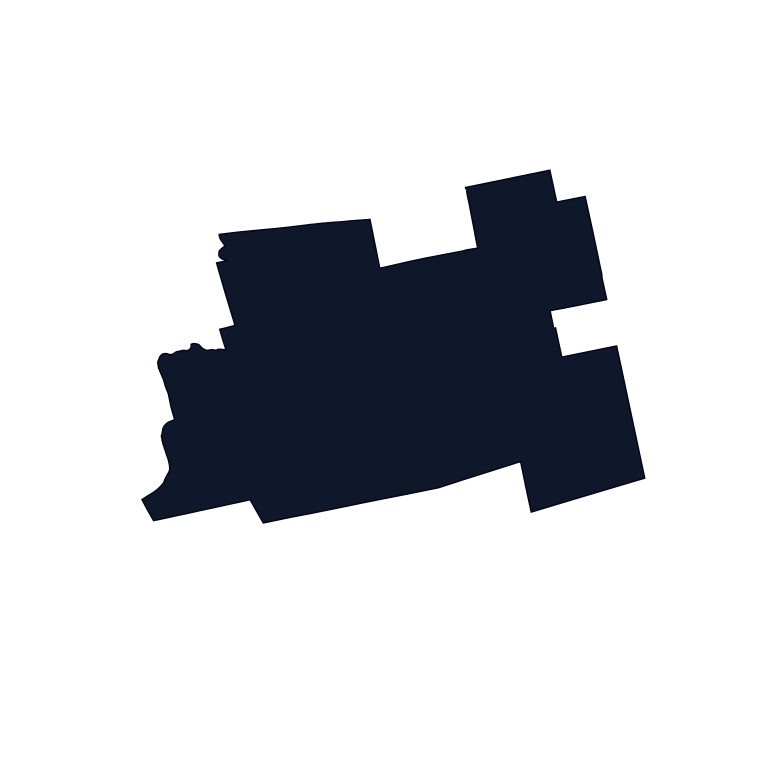 the district of Gheorghe Doja, Ialomita, Romania, rotated 60°
{"feature_id": "2599482B31175002278659", "entity_name": "Gheorghe Doja", "entity_type": "district", "adm_level": 2, "iso_a3": "ROU", "parent_name": "Romania", "parent_adm1": "Ialomita", "projection": "natural_earth1", "projection_center": [27.18, 44.644], "detail": "fine", "context": "isolated", "style": "filled", "palette": "ink", "viewbox_px": 768, "rotation_deg": 60, "n_neighbors": 0, "source": "geoboundaries", "source_scale": "gbopen_adm2", "svg_char_len": 3302}
<svg xmlns="http://www.w3.org/2000/svg" viewBox="0 0 768 768"><g transform="rotate(60 384 384)"><path d="M386.4,651.8L386.7,651.8L387.0,651.9L387.9,649.4L388.1,648.9L388.7,647.0L391.7,637.7L393.0,633.6L393.7,631.3L398.9,615.3L402.7,603.3L417.3,557.8L443.9,558.0L444.0,558.0L451.9,534.0L451.9,533.9L460.2,510.0L468.0,486.8L476.6,460.9L480.7,448.8L483.4,440.8L490.8,419.3L499.2,394.2L501.0,388.9L505.1,369.7L506.2,364.4L510.3,345.9L512.6,335.6L512.6,335.4L512.7,335.1L512.9,334.1L513.1,333.3L513.8,330.1L513.9,329.6L514.9,325.0L515.7,321.4L515.8,321.0L517.7,312.4L518.3,309.4L519.0,306.5L519.2,305.9L519.5,305.1L520.3,304.9L520.9,304.9L524.2,306.0L527.3,307.0L532.6,308.8L537.2,310.3L543.1,312.3L551.4,315.0L558.9,317.4L563.8,318.9L565.7,319.6L568.5,320.5L568.7,319.7L574.8,293.7L581.6,265.0L593.5,215.0L595.9,205.3L511.9,178.0L503.3,175.2L484.5,169.1L467.4,163.6L467.3,163.8L463.0,176.7L460.8,183.3L458.3,190.7L452.5,208.0L452.4,208.4L449.6,216.6L422.3,207.8L421.2,207.4L420.6,209.2L403.5,203.5L407.0,193.5L407.2,193.2L415.7,168.1L422.1,149.2L422.2,148.9L412.2,145.7L409.1,144.7L406.9,144.0L403.7,143.0L401.6,142.3L400.9,142.1L400.4,141.8L399.8,141.5L398.3,140.8L397.1,140.3L393.7,139.2L391.2,138.4L390.2,138.1L378.7,134.3L358.5,127.7L355.4,126.7L351.7,125.5L322.2,116.1L314.7,137.9L312.9,143.5L281.8,133.5L272.3,161.9L263.2,189.4L254.6,215.1L255.6,215.5L256.0,215.5L256.3,214.7L257.4,214.9L258.6,216.1L263.7,217.9L272.0,220.6L280.2,223.5L283.4,224.6L294.5,228.4L306.3,232.6L310.9,234.1L313.2,234.9L308.8,246.5L308.8,247.6L296.2,283.9L292.0,296.6L281.7,329.8L234.5,313.9L226.9,329.6L224.7,334.4L223.0,338.2L220.7,343.0L217.9,348.6L215.5,353.9L213.6,357.8L211.2,363.4L208.7,368.8L207.8,371.2L202.7,383.1L200.1,389.2L195.3,400.0L194.6,401.6L192.4,406.2L181.1,431.0L178.6,436.6L173.8,447.9L172.1,451.9L173.2,452.5L174.6,453.0L175.6,453.1L176.6,453.2L179.2,453.1L181.7,452.8L183.9,452.6L184.7,453.1L185.1,453.9L185.3,455.3L185.6,457.3L186.1,459.0L186.4,460.1L188.4,461.7L190.0,462.6L191.5,462.9L193.8,462.2L196.2,460.6L199.1,457.6L195.4,468.4L196.5,468.7L223.9,475.5L242.7,479.9L250.8,481.8L258.8,483.7L256.0,494.1L254.5,498.9L254.9,499.0L266.4,501.8L275.1,503.7L274.2,505.7L272.6,507.6L271.3,509.7L270.8,512.4L270.0,513.8L268.6,515.3L268.0,516.4L266.6,520.3L265.4,521.5L263.6,522.8L261.7,523.7L259.5,524.2L258.0,524.5L256.4,525.4L255.2,526.8L253.7,528.8L253.2,531.1L254.1,531.7L254.9,532.0L255.6,532.6L256.4,533.7L256.9,535.4L256.9,537.3L256.0,539.0L255.0,540.2L254.2,541.6L253.8,543.3L252.3,547.9L252.5,550.7L252.6,551.9L252.3,553.1L251.9,554.1L250.5,555.8L249.0,557.0L247.9,559.0L247.3,561.4L248.0,563.6L248.3,564.4L250.6,567.4L252.1,569.1L254.0,569.9L256.1,570.6L257.3,571.2L270.4,572.8L276.5,574.4L284.6,575.6L295.8,579.4L302.8,581.3L309.0,582.8L309.7,583.0L310.2,583.3L309.3,589.9L309.4,591.4L309.9,593.5L310.5,595.4L311.3,596.7L312.6,598.2L314.9,600.0L317.0,601.9L318.0,603.0L319.8,603.4L321.9,604.4L323.9,604.8L325.7,605.5L327.8,605.7L330.2,606.4L332.8,606.8L336.0,607.6L340.7,608.4L343.6,609.2L346.7,610.2L348.8,611.2L350.1,611.8L351.3,612.7L352.7,614.3L353.7,616.0L355.0,618.2L356.2,620.2L358.1,622.6L359.5,624.5L360.8,628.1L362.0,632.7L362.3,635.2L362.7,639.5L362.7,643.3L363.1,651.4L369.9,651.6L375.6,651.8L382.2,651.8L386.4,651.8Z" fill="#0f172a" stroke="#020617" stroke-width="1.5"/></g></svg>